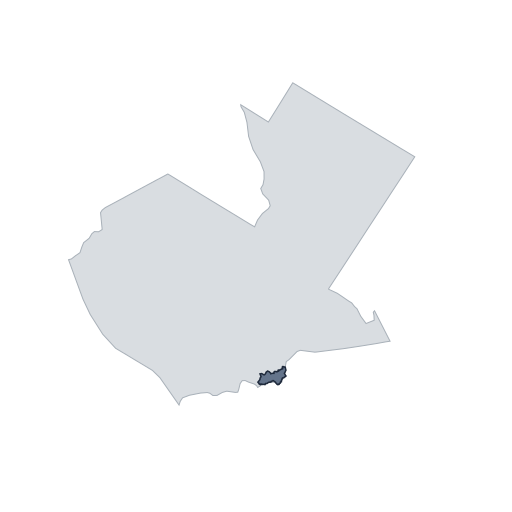 Esquipulas, Chiquimula, Guatemala (highlighted), rotated 31°
{"feature_id": "79465075B80702943511797", "entity_name": "Esquipulas", "entity_type": "district", "adm_level": 2, "iso_a3": "GTM", "parent_name": "Guatemala", "parent_adm1": "Chiquimula", "projection": "orthographic", "projection_center": [-89.268, 14.632], "detail": "fine", "context": "in_parent", "style": "filled", "palette": "slate", "viewbox_px": 512, "rotation_deg": 31, "n_neighbors": 0, "source": "geoboundaries", "source_scale": "gbopen_adm2", "svg_char_len": 5323}
<svg xmlns="http://www.w3.org/2000/svg" viewBox="0 0 512 512"><g transform="rotate(31 256 256)"><path d="M97.2,355.7L99.3,353.6L101.1,348.8L103.4,343.8L102.1,338.0L101.4,333.3L103.9,326.6L103.8,321.5L104.9,318.3L108.6,316.3L110.5,312.5L100.4,298.9L100.5,295.9L101.9,292.1L110.4,277.9L120.4,261.0L131.5,242.3L138.2,231.1L162.0,231.3L177.8,231.5L197.8,231.6L219.6,231.7L233.9,231.8L239.8,231.7L238.8,224.4L239.6,216.3L242.3,208.9L242.3,205.6L238.1,201.6L229.8,199.3L225.3,195.7L225.3,191.3L223.3,185.9L219.4,179.5L211.2,173.0L198.7,166.3L188.1,157.3L179.4,146.1L172.0,138.9L166.3,135.8L165.0,134.2L181.7,134.5L197.6,134.8L197.9,118.8L198.1,104.6L198.3,88.6L227.0,88.8L261.2,89.0L296.7,89.1L324.6,89.2L341.0,89.2L340.3,109.1L339.4,132.1L338.8,149.0L337.9,171.6L337.1,194.7L335.9,226.2L335.1,246.6L335.5,247.1L344.9,246.1L358.8,246.9L362.2,246.9L366.5,248.6L369.7,249.2L376.8,253.7L385.1,257.2L390.4,250.2L387.6,246.0L385.5,243.8L385.8,241.9L414.8,260.0L411.4,262.8L404.0,269.3L390.8,280.4L378.8,290.3L367.3,299.3L357.0,307.4L355.8,308.2L342.6,314.0L340.4,316.7L337.6,328.1L336.3,330.9L338.7,337.3L341.1,347.1L340.3,352.2L331.2,358.5L327.0,364.2L325.2,367.8L323.5,366.9L320.7,366.6L314.2,368.0L311.0,368.3L308.4,369.9L308.1,373.5L309.9,379.2L310.5,382.1L308.7,383.5L300.6,386.9L297.4,390.3L294.4,395.6L290.9,397.8L287.2,397.4L284.6,398.1L279.0,402.1L270.6,409.7L266.1,415.4L265.9,419.6L266.8,423.4L236.3,409.8L226.1,407.4L183.2,407.4L164.9,402.0L144.0,391.5L129.9,382.1L97.2,355.7Z" fill="#d9dde1" stroke="#a8b0b8" stroke-width="1"/><path d="M335.7,337.4L335.7,337.5L335.8,337.7L335.9,337.8L336.0,338.0L336.1,338.3L336.3,338.5L336.5,338.5L336.7,338.8L336.8,338.8L337.0,338.9L337.0,339.0L336.9,339.1L336.7,339.2L336.5,339.3L336.4,339.3L336.4,339.5L336.2,339.8L336.0,340.0L335.9,340.0L335.8,340.3L335.8,340.5L335.5,340.8L335.3,341.0L335.3,341.3L335.1,341.5L334.9,341.6L334.7,341.8L334.4,341.9L334.1,342.1L333.9,342.2L333.8,342.3L333.8,342.6L334.1,342.7L334.4,342.7L334.7,342.8L334.7,343.0L334.4,343.3L334.1,343.9L334.0,344.0L333.9,344.0L333.7,344.1L333.6,344.4L333.4,344.6L333.2,344.7L332.7,344.7L332.3,344.9L332.2,345.0L331.6,345.3L331.4,345.4L331.3,345.7L331.2,346.1L331.3,346.6L331.7,347.0L331.8,347.1L331.8,347.3L331.7,347.3L331.5,347.5L331.3,347.5L331.0,347.8L330.8,347.9L330.4,348.2L330.1,348.5L329.8,348.8L329.3,349.3L329.0,348.9L328.7,348.8L328.2,348.7L327.7,348.7L327.4,348.5L327.0,348.4L326.1,348.5L325.5,348.6L325.3,348.6L325.1,348.7L325.1,348.8L324.9,349.5L324.7,349.8L324.6,350.0L324.5,350.6L324.7,350.8L324.7,351.3L324.7,352.0L324.7,352.5L324.5,353.2L324.5,353.3L324.3,353.6L324.1,353.7L323.9,353.8L323.7,353.8L323.3,353.9L323.1,353.8L322.5,353.8L322.2,353.8L321.9,353.8L321.4,353.9L321.4,354.0L321.0,354.3L320.8,354.6L320.6,354.6L320.4,354.8L320.2,354.8L320.1,355.0L320.3,355.1L320.5,355.2L320.8,355.4L320.9,355.6L321.7,356.2L321.9,356.3L322.0,356.4L322.2,356.5L322.4,356.7L322.4,357.2L322.5,357.3L322.5,357.5L322.4,358.2L322.4,358.5L322.6,358.9L322.7,359.3L322.8,359.4L322.9,359.5L323.0,360.4L322.9,360.7L322.8,361.8L322.7,362.2L322.6,362.7L322.6,363.0L322.7,363.3L323.0,363.4L323.9,363.5L324.2,363.5L324.3,363.6L324.4,363.9L324.4,364.0L324.9,364.0L325.1,364.1L325.9,364.1L326.0,364.0L326.0,363.9L325.9,363.8L325.7,363.7L325.8,363.7L325.9,363.4L326.0,363.4L326.2,363.2L326.3,363.2L326.5,363.2L326.8,363.1L327.0,363.0L327.0,362.9L327.3,362.9L327.5,362.8L327.6,362.7L327.8,362.6L327.9,362.4L328.0,362.4L328.3,362.3L328.5,362.2L328.8,362.0L329.0,361.9L329.3,361.9L329.5,361.8L329.5,361.7L329.8,361.5L329.8,361.4L330.0,361.4L330.0,361.2L329.9,360.9L329.8,360.6L329.8,360.4L330.1,360.3L330.2,360.2L330.5,360.1L330.9,359.8L330.9,359.7L331.1,359.6L331.2,359.4L331.3,359.2L331.4,358.7L331.5,358.6L331.6,358.3L331.7,358.1L331.8,358.0L331.9,357.9L332.0,357.8L332.0,357.6L332.2,357.4L332.3,357.3L332.6,357.1L333.0,357.1L333.2,356.9L333.2,356.7L333.3,356.6L333.5,356.3L333.5,356.2L333.8,356.0L334.0,355.8L334.0,355.5L333.9,355.4L334.1,355.2L334.3,354.8L334.5,354.7L334.9,354.3L334.9,354.0L335.0,354.0L335.2,353.9L335.9,354.0L336.3,354.1L336.8,354.1L337.1,354.2L337.5,354.1L337.8,354.2L337.9,354.3L338.0,354.4L338.1,354.5L338.4,354.6L338.5,354.7L338.9,354.7L339.2,354.7L339.4,354.7L339.6,354.9L339.8,355.1L340.2,355.1L340.6,355.1L341.0,355.1L341.3,354.8L341.3,354.5L341.5,354.5L341.6,354.3L341.9,354.1L341.8,353.9L341.7,353.8L341.8,353.6L341.9,353.1L342.0,352.9L342.2,352.7L342.1,352.4L342.1,352.2L342.3,351.8L342.1,351.6L341.9,351.4L342.0,351.2L342.1,350.8L342.1,350.7L342.3,350.6L342.2,350.5L342.3,350.4L342.3,350.2L342.1,350.1L342.1,349.8L342.0,349.7L342.0,349.0L341.9,348.8L341.8,348.6L341.6,348.4L341.6,348.1L341.8,347.9L341.7,347.8L341.6,347.4L341.5,347.2L341.5,346.9L341.7,346.7L342.1,346.6L342.2,346.4L342.3,346.3L342.4,346.0L342.5,346.0L342.5,345.8L342.6,345.7L342.7,345.3L342.8,345.2L342.9,344.8L343.0,344.8L343.0,344.6L343.4,343.9L343.5,343.5L343.4,343.5L343.3,343.4L343.2,343.4L342.7,343.1L341.9,342.6L341.6,342.4L341.1,342.2L340.7,341.9L340.8,341.4L340.7,340.8L340.8,340.7L340.6,339.6L340.5,339.2L340.5,338.4L340.4,338.3L340.0,338.0L339.8,337.8L339.7,337.7L339.1,337.1L339.0,336.9L338.7,336.6L338.2,336.2L337.9,336.5L337.6,336.5L337.4,336.7L337.1,336.5L336.9,336.5L336.6,336.8L336.4,336.8L336.2,336.8L335.9,336.9L335.8,337.0L335.8,337.3L335.7,337.4Z" fill="#64748b" stroke="#1e293b" stroke-width="1.5"/></g></svg>